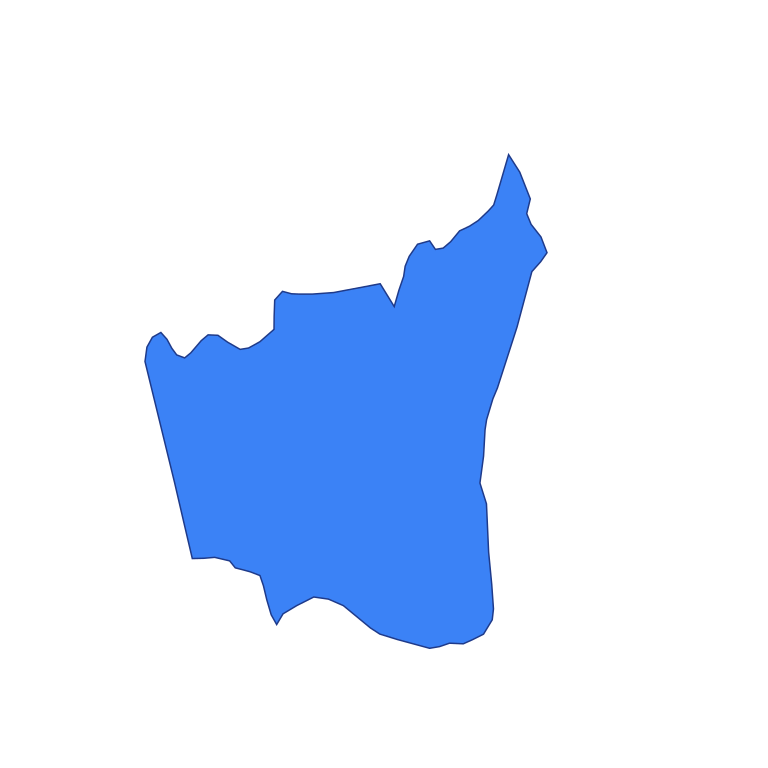 Várzea, Paraíba, Brazil (Mercator projection), rotated 123°
{"feature_id": "56859067B31592745893521", "entity_name": "Várzea", "entity_type": "district", "adm_level": 2, "iso_a3": "BRA", "parent_name": "Brazil", "parent_adm1": "Paraíba", "projection": "mercator", "projection_center": [-37.04, -6.791], "detail": "fine", "context": "isolated", "style": "filled", "palette": "blue", "viewbox_px": 768, "rotation_deg": 123, "n_neighbors": 0, "source": "geoboundaries", "source_scale": "gbopen_adm2", "svg_char_len": 1263}
<svg xmlns="http://www.w3.org/2000/svg" viewBox="0 0 768 768"><g transform="rotate(123 384 384)"><path d="M428.7,232.8L414.8,249.6L390.3,261.2L367.4,274.3L358.1,278.5L337.2,284.6L325.6,286.7L263.6,303.5L209.2,321.2L196.1,319.2L185.1,318.8L175.2,332.4L170.0,347.6L163.4,357.1L149.1,362.1L132.4,385.5L123.8,404.4L163.8,392.4L174.1,389.5L182.2,390.8L195.6,394.0L205.0,398.2L214.4,404.0L228.4,405.6L237.8,408.4L243.1,414.2L239.1,423.7L248.5,432.0L263.2,432.4L273.7,430.4L283.1,426.1L297.1,422.6L313.5,417.6L302.0,441.8L334.7,476.0L347.8,493.3L354.8,504.1L358.7,510.7L361.6,519.6L373.1,521.4L386.9,513.1L398.1,506.0L416.1,511.1L427.6,517.2L433.3,523.5L434.1,537.8L433.6,549.8L438.6,558.3L447.2,560.9L463.1,563.0L470.7,565.4L472.5,573.7L469.6,581.4L464.7,590.4L462.3,599.2L470.9,603.7L482.2,602.9L495.3,596.7L580.5,506.2L611.6,473.9L634.8,449.7L628.3,440.2L621.6,431.6L616.4,417.1L619.2,408.6L616.8,401.5L614.4,394.0L612.2,383.7L618.9,375.2L628.8,364.8L639.0,352.9L644.2,343.0L631.7,343.5L617.2,336.4L600.9,326.9L594.7,313.5L592.0,297.4L596.0,262.3L596.0,251.2L591.0,233.6L580.8,201.8L574.0,194.4L565.7,187.9L558.7,176.0L550.2,170.5L539.6,164.3L522.8,164.8L513.0,169.7L493.4,184.5L468.0,204.7L428.7,232.8Z" fill="#3b82f6" stroke="#1e3a8a" stroke-width="1.5"/></g></svg>